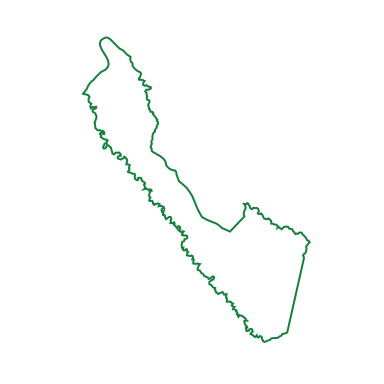 the district of Itajá, Goiás, Brazil, rotated 200°
{"feature_id": "56859067B48253804487998", "entity_name": "Itajá", "entity_type": "district", "adm_level": 2, "iso_a3": "BRA", "parent_name": "Brazil", "parent_adm1": "Goiás", "projection": "albers", "projection_center": [-51.232, -19.14], "detail": "fine", "context": "isolated", "style": "outline", "palette": "green", "viewbox_px": 384, "rotation_deg": 200, "n_neighbors": 0, "source": "geoboundaries", "source_scale": "gbopen_adm2", "svg_char_len": 6028}
<svg xmlns="http://www.w3.org/2000/svg" viewBox="0 0 384 384"><g transform="rotate(200 192 192)"><path d="M329.3,299.5L328.1,297.8L325.2,294.7L318.8,289.7L316.1,287.0L314.7,285.0L314.0,283.4L313.9,282.5L313.8,280.9L314.3,279.3L315.2,277.3L318.6,273.5L320.9,268.8L323.0,263.4L324.8,260.3L325.8,257.3L326.2,252.5L328.0,247.1L324.2,247.5L322.2,247.4L320.8,246.3L321.2,245.3L320.9,243.5L320.1,241.8L319.5,241.2L316.9,240.6L317.0,238.5L316.5,236.9L315.7,236.1L314.6,237.7L312.5,238.5L311.2,239.3L310.8,238.3L311.3,237.4L312.4,236.6L313.6,235.3L313.4,234.3L312.3,233.3L310.9,233.2L309.9,232.8L308.8,231.8L307.3,229.8L307.2,225.5L307.4,224.0L306.6,223.2L304.6,218.9L303.3,218.5L302.1,217.8L301.1,217.8L299.8,218.6L297.7,218.4L296.2,218.9L294.7,217.9L294.4,216.4L295.2,216.1L296.0,216.8L296.9,217.0L298.0,216.5L298.5,215.0L296.6,214.2L296.5,212.4L294.7,212.2L293.8,211.6L291.3,211.7L290.0,212.0L288.9,211.5L289.4,210.0L288.8,208.6L290.7,207.5L290.8,203.6L290.1,202.7L288.8,203.1L288.1,203.8L288.0,206.3L287.5,207.2L286.2,207.2L285.2,206.4L283.4,206.1L281.7,203.4L280.7,202.4L280.0,200.9L278.1,200.7L277.5,202.3L276.8,203.1L275.5,203.4L274.0,204.2L271.9,203.1L271.4,201.6L272.3,201.5L273.3,200.5L273.7,199.4L273.2,198.2L270.0,198.2L267.9,200.4L267.7,202.0L266.2,201.7L265.3,200.8L264.3,200.4L263.3,198.4L263.5,196.4L263.1,195.5L261.5,196.1L259.7,196.0L259.5,193.0L258.4,191.8L259.2,189.1L258.1,188.8L256.9,189.2L255.8,188.9L254.7,189.0L253.8,188.8L252.1,189.5L251.2,187.9L250.7,185.5L249.0,184.4L247.2,184.4L246.8,185.6L247.4,186.8L245.4,187.7L244.4,187.6L243.2,185.6L239.6,184.6L238.9,183.6L239.6,182.6L238.2,180.9L236.9,179.9L237.9,178.3L235.9,179.4L233.6,179.4L232.0,180.2L231.0,180.1L230.4,179.4L232.2,178.3L231.3,177.7L231.5,176.3L231.2,174.0L230.5,173.2L229.2,172.5L229.5,171.3L229.3,169.3L228.3,169.1L226.5,170.1L225.4,169.3L224.7,167.9L223.9,167.1L223.0,167.0L222.6,168.2L221.7,168.4L220.9,169.1L219.4,169.7L218.4,169.6L218.4,167.2L217.2,168.0L215.9,168.5L213.6,168.3L212.9,167.4L214.3,166.4L214.6,165.2L214.2,164.1L213.1,162.9L212.1,164.7L211.8,161.9L211.3,160.5L209.9,161.1L208.7,159.1L206.9,157.6L205.3,160.3L204.3,161.1L203.3,161.1L202.2,159.7L202.4,157.9L201.7,157.2L201.6,155.4L199.8,156.1L198.4,157.4L197.6,156.5L197.9,155.0L195.8,154.5L194.6,153.3L193.2,152.6L193.0,155.3L191.9,155.4L191.2,154.7L190.3,153.2L191.4,151.4L189.5,150.8L188.5,150.8L187.5,151.9L186.3,152.0L187.0,149.7L186.7,148.2L185.3,148.6L184.4,148.2L183.4,148.9L182.6,149.2L181.5,149.0L180.7,147.1L181.6,146.0L182.9,145.1L182.5,143.4L184.1,141.6L184.2,140.6L183.6,139.7L183.5,138.3L182.5,136.3L181.1,136.8L181.0,134.8L179.5,134.3L178.5,135.0L178.0,136.3L176.9,136.2L176.4,134.7L175.0,134.2L175.5,133.1L175.1,130.7L171.5,131.3L170.8,132.1L169.6,132.0L168.7,131.0L168.7,128.8L167.5,129.3L167.0,128.4L166.9,126.4L166.3,125.2L163.8,125.8L162.3,126.6L159.9,127.0L160.6,124.2L160.6,122.0L159.8,120.7L157.8,120.9L155.2,118.8L154.0,119.0L151.7,117.2L150.8,117.4L149.3,117.1L148.1,117.1L146.6,116.0L145.4,117.1L143.5,119.9L142.1,119.6L142.0,117.1L143.3,116.1L145.0,113.4L144.0,111.2L142.1,111.3L139.6,109.5L137.3,109.7L137.1,107.8L135.7,106.9L134.8,105.7L133.5,105.7L132.3,105.1L131.8,105.9L129.1,108.5L126.6,106.5L124.6,107.9L124.0,104.5L123.0,104.2L122.5,103.2L121.8,100.8L119.5,101.8L117.2,101.9L116.2,100.8L115.3,101.0L115.9,99.0L114.4,98.3L112.8,98.6L113.3,97.4L113.4,95.8L111.6,96.2L109.8,96.0L109.7,94.7L108.2,94.4L108.2,92.7L106.9,92.6L106.8,91.4L105.7,90.5L105.1,92.5L104.1,92.4L103.3,92.8L101.5,92.5L100.8,91.9L99.9,92.1L99.3,91.5L98.2,91.2L97.7,90.4L96.4,89.9L98.7,88.8L98.3,87.6L96.5,85.4L94.2,84.3L93.7,83.5L94.9,82.9L93.3,80.0L91.1,81.2L91.1,82.5L90.3,83.2L88.9,83.6L87.2,81.5L88.0,80.3L88.5,78.6L85.6,78.2L84.6,77.6L83.1,77.3L82.6,78.0L82.1,79.5L81.2,78.2L79.7,78.1L78.9,79.9L77.4,79.9L76.6,79.3L76.4,78.3L75.0,77.1L74.5,76.2L72.7,75.9L71.1,77.1L69.9,78.4L68.6,79.2L67.2,81.6L65.8,82.5L63.2,83.4L61.7,84.2L60.2,86.3L58.8,87.7L58.6,89.3L55.5,91.5L54.5,92.7L64.2,168.4L66.0,170.5L65.4,172.3L64.6,173.4L64.7,176.9L65.0,177.8L66.1,179.6L64.8,183.9L64.2,184.9L65.7,186.1L67.2,186.0L68.8,187.5L71.3,189.1L73.9,190.1L75.0,191.3L77.2,190.7L78.3,188.8L79.9,188.6L80.5,187.8L82.0,189.0L83.8,190.0L85.3,191.3L88.5,190.9L89.8,192.2L91.2,191.9L93.6,190.7L94.9,187.8L97.1,188.1L98.9,188.9L99.5,187.6L100.0,189.5L101.8,190.1L103.3,189.6L104.6,189.9L106.6,189.4L107.7,191.9L110.9,193.4L111.7,192.3L114.9,191.7L115.9,192.3L118.3,194.8L119.7,195.4L120.7,194.5L121.9,194.2L122.8,194.3L122.7,196.7L123.1,197.7L124.0,198.7L125.5,199.2L127.2,198.5L129.0,198.1L129.3,196.8L130.1,196.4L131.3,196.4L132.3,197.5L132.9,198.6L134.2,199.1L135.2,200.3L136.2,200.5L136.8,199.1L138.9,198.5L137.9,197.9L136.1,195.5L136.3,191.0L135.9,189.1L134.4,186.9L142.8,167.8L151.3,168.4L156.0,170.1L158.0,170.6L168.8,171.0L174.2,171.9L180.6,177.6L190.2,188.1L193.6,190.8L197.6,193.6L200.5,195.0L208.2,197.9L212.3,202.9L213.9,205.6L215.4,206.4L218.2,205.8L221.7,206.3L225.0,208.0L227.6,211.8L230.8,213.8L234.6,214.9L242.8,216.3L243.9,216.8L244.8,219.0L246.0,219.6L246.4,221.1L246.2,223.6L247.0,224.5L247.4,225.9L247.3,228.8L248.2,230.5L248.6,233.1L248.2,235.2L247.4,236.2L248.0,237.3L247.9,238.2L247.4,239.7L247.4,241.4L247.7,242.5L247.1,244.4L247.9,246.0L249.3,246.6L249.2,248.0L250.4,248.5L251.7,249.7L253.4,250.6L254.3,251.5L255.4,251.7L255.5,253.3L256.4,253.7L258.5,253.2L259.6,255.1L260.8,255.3L261.4,256.7L262.1,257.4L263.0,259.1L262.8,261.3L263.0,263.0L264.0,263.5L265.7,263.4L266.6,264.5L266.8,266.4L268.5,268.7L268.6,269.7L270.4,270.6L270.1,272.1L269.3,272.8L268.3,273.0L267.4,273.6L266.1,275.3L266.4,276.2L267.3,276.5L268.9,276.1L271.3,276.8L272.5,275.7L274.4,275.8L275.2,277.9L274.5,280.1L277.1,280.3L280.3,279.4L280.7,280.5L280.2,282.0L280.3,285.8L281.4,286.7L285.6,287.3L288.2,288.4L291.1,290.2L291.3,291.3L292.3,292.9L294.1,293.6L294.9,294.6L295.6,296.0L295.9,297.9L300.2,299.0L304.7,301.3L309.7,302.2L319.7,307.0L321.9,307.8L324.1,308.1L325.2,308.0L326.2,307.4L327.4,306.2L328.8,304.4L329.4,303.1L329.5,302.0L329.3,299.5Z" fill="none" stroke="#15803d" stroke-width="2"/></g></svg>